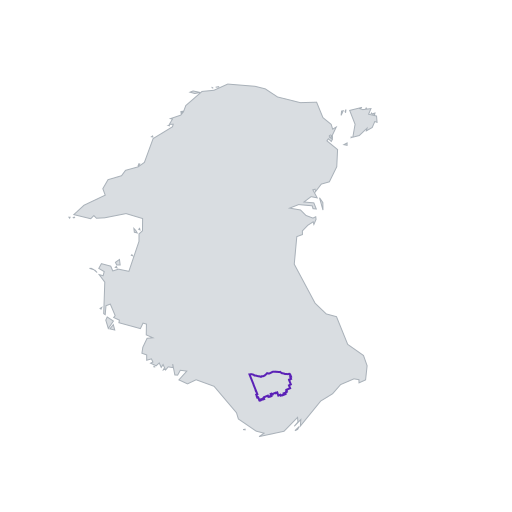 Meekatharra, Western Australia, Australia shown in context, rotated 248°
{"feature_id": "25037944B5193502600366", "entity_name": "Meekatharra", "entity_type": "district", "adm_level": 2, "iso_a3": "AUS", "parent_name": "Australia", "parent_adm1": "Western Australia", "projection": "albers", "projection_center": [119.195, -25.303], "detail": "fine", "context": "in_parent", "style": "outline", "palette": "violet", "viewbox_px": 512, "rotation_deg": 248, "n_neighbors": 0, "source": "geoboundaries", "source_scale": "gbopen_adm2", "svg_char_len": 8270}
<svg xmlns="http://www.w3.org/2000/svg" viewBox="0 0 512 512"><g transform="rotate(248 256 256)"><path d="M367.5,115.5L368.9,139.0L375.8,139.2L382.2,147.4L380.8,161.4L384.3,167.1L382.8,180.2L384.6,187.6L403.4,204.6L407.1,227.0L409.2,228.6L410.5,225.0L414.2,229.8L415.4,228.2L414.8,239.0L416.8,242.7L421.8,247.3L428.8,267.6L425.4,279.1L426.0,294.2L413.7,318.7L407.5,327.2L395.4,335.5L381.6,354.5L375.9,369.8L359.2,369.9L349.9,375.0L344.9,374.6L345.5,378.7L338.9,371.5L340.3,370.4L340.0,369.0L338.6,368.6L335.6,370.6L334.0,368.7L337.6,367.0L336.2,364.9L324.1,371.5L308.5,364.3L297.3,351.8L298.2,343.5L293.3,335.1L295.8,335.8L296.1,333.5L287.0,334.5L290.4,329.3L288.1,320.7L283.6,329.5L277.0,329.5L278.5,326.6L281.5,326.9L287.7,314.8L287.8,305.1L282.0,314.5L274.9,317.5L269.8,323.0L270.0,326.1L267.5,325.4L263.6,321.5L266.3,321.8L265.1,315.6L261.9,308.4L258.5,307.1L258.7,301.1L234.1,288.4L190.1,293.1L176.0,299.4L169.6,307.9L139.7,307.9L123.5,318.4L112.6,317.9L100.1,311.2L99.8,304.0L102.8,305.1L105.4,300.8L105.1,286.3L99.6,275.4L97.3,261.7L81.7,233.4L87.6,236.3L83.8,227.7L86.4,232.7L90.8,234.1L83.0,216.3L87.4,191.2L88.7,197.1L93.6,190.5L111.5,178.6L117.9,179.2L150.9,168.3L163.7,154.1L163.1,144.6L170.0,138.1L175.2,148.7L178.4,143.0L174.9,138.7L176.1,136.2L187.0,138.3L183.6,137.2L186.1,133.1L184.2,129.4L190.2,129.2L188.2,126.4L193.1,126.2L191.6,122.3L196.1,118.1L196.3,120.7L199.8,120.5L200.3,115.6L205.2,117.6L208.6,113.8L213.8,116.9L220.5,124.2L218.8,129.7L224.0,124.7L233.9,128.9L236.1,126.1L232.0,121.6L245.5,103.9L247.7,105.3L252.3,101.0L253.5,103.1L266.0,102.9L266.1,98.3L258.1,94.2L259.6,93.2L288.4,106.0L297.5,103.6L295.0,106.9L298.4,109.4L303.4,105.6L306.8,109.8L301.0,117.5L295.8,117.6L295.3,123.6L289.4,132.4L313.4,153.0L320.3,155.8L321.9,160.2L333.2,164.9L344.0,151.4L348.1,130.0L350.8,122.2L354.2,120.8L352.5,116.7L362.6,102.6L367.5,115.5ZM329.9,390.3L341.0,397.2L355.9,397.4L354.1,409.9L353.7,407.5L351.7,409.8L349.6,417.8L345.3,413.5L340.6,420.2L334.6,418.3L336.2,416.5L331.6,411.9L330.7,405.2L332.9,406.8L329.0,396.9L329.9,390.3ZM244.1,91.9L252.8,92.7L255.2,95.2L249.1,99.4L244.1,91.9ZM273.5,335.3L286.2,336.7L280.5,338.0L273.5,335.3ZM302.8,123.3L303.9,128.1L298.6,126.7L299.9,123.5L302.8,123.3ZM428.6,265.4L429.6,260.1L432.6,256.2L432.6,259.5L428.6,265.4ZM354.5,387.6L358.3,389.6L358.0,391.3L354.5,387.6ZM243.2,93.2L245.8,98.0L240.3,97.3L243.2,93.2ZM326.7,382.8L324.5,381.9L326.3,379.2L326.7,382.8ZM327.3,153.1L324.6,154.1L321.9,154.5L323.6,152.1L327.3,153.1ZM81.7,232.2L79.6,229.6L79.4,227.2L79.7,227.1L81.7,232.2ZM356.8,392.8L358.1,394.3L355.3,392.7L356.8,392.8ZM416.3,240.0L418.1,240.5L417.5,242.8L416.3,240.0ZM383.5,180.2L385.4,182.0L384.8,182.7L383.5,180.2ZM344.2,417.8L344.0,419.9L342.6,418.9L344.2,417.8ZM427.6,281.8L427.0,284.8L426.8,284.7L427.6,281.8ZM266.1,93.7L264.8,92.4L265.8,91.8L266.1,93.7ZM306.3,98.6L303.9,100.7L306.9,97.0L306.3,98.6ZM428.7,278.4L427.6,279.2L428.5,278.3L428.7,278.4ZM303.7,141.4L302.5,141.7L303.3,140.7L303.7,141.4ZM298.6,122.6L297.1,122.7L298.2,121.3L298.6,122.6ZM99.9,179.0L99.5,181.0L98.9,180.8L99.9,179.0ZM360.2,101.1L359.9,102.7L359.5,101.4L360.2,101.1ZM338.5,369.4L338.6,370.4L338.3,370.0L338.5,369.4ZM303.2,101.3L300.2,102.5L303.4,100.9L303.2,101.3ZM191.9,120.0L190.8,121.0L191.5,119.8L191.9,120.0ZM345.4,416.6L344.5,416.8L345.1,416.2L345.4,416.6ZM325.2,158.4L323.7,158.2L324.7,157.3L325.2,158.4ZM185.9,128.2L185.1,128.8L185.1,127.3L185.9,128.2ZM352.0,413.6L350.8,413.9L351.4,412.9L352.0,413.6ZM362.0,97.1L361.6,98.1L360.9,97.4L362.0,97.1ZM337.7,370.6L338.5,371.7L336.8,371.1L337.7,370.6ZM406.0,205.1L405.0,204.9L405.7,203.8L406.0,205.1ZM409.7,224.6L409.2,224.5L409.8,223.7L409.7,224.6ZM330.7,388.8L330.2,389.5L330.1,388.5L330.7,388.8Z" fill="#d9dde1" stroke="#a8b0b8" stroke-width="1"/><path d="M120.3,209.0L120.3,210.0L120.7,210.0L121.1,210.0L121.8,210.0L121.9,210.8L122.1,210.8L122.1,211.0L122.1,211.3L122.1,211.7L122.1,214.0L122.1,214.7L120.7,214.7L120.7,216.1L120.8,216.1L120.8,216.3L120.3,216.3L120.3,217.2L120.3,217.8L121.9,217.8L122.6,217.9L122.6,218.7L121.3,218.7L121.3,219.4L121.9,219.4L121.9,222.9L121.4,222.9L121.4,223.5L121.5,223.5L121.6,224.6L120.9,224.6L120.9,224.4L120.7,224.4L120.3,224.4L120.0,224.4L119.8,224.4L119.5,224.4L119.4,224.4L119.2,224.4L118.6,224.4L118.4,224.4L118.2,224.4L118.3,225.5L118.3,225.8L118.3,226.0L118.3,226.5L118.1,226.5L117.9,226.5L117.6,226.5L117.6,226.8L117.4,226.8L117.2,226.8L117.2,227.1L117.2,227.7L117.2,227.8L117.2,228.0L117.2,228.6L116.9,228.6L116.9,230.1L117.0,230.1L118.3,230.1L118.3,230.8L117.5,230.8L116.9,230.8L116.9,231.6L117.2,231.6L117.5,231.6L117.9,231.5L118.1,231.5L118.2,233.2L118.8,233.2L119.3,233.2L119.3,233.6L119.3,234.1L119.9,234.1L120.6,234.1L120.6,235.8L120.6,236.7L120.6,237.3L120.6,237.9L120.6,238.1L121.2,238.1L121.8,238.1L122.3,238.1L123.0,238.1L123.7,238.1L123.7,238.3L123.7,238.5L123.8,238.7L123.8,238.8L123.9,240.2L124.1,240.2L124.9,240.2L125.2,240.2L125.3,240.2L125.8,240.2L126.0,240.2L126.8,240.2L128.3,240.2L128.3,240.4L129.0,240.4L129.0,241.1L129.0,241.6L128.9,241.6L128.9,242.5L129.4,242.5L130.1,242.5L130.5,242.5L130.9,242.4L130.9,243.3L131.1,243.3L131.3,243.3L131.5,243.3L131.9,243.3L132.0,243.3L132.7,243.3L132.8,243.3L132.8,243.1L133.4,243.1L133.4,242.9L134.2,242.9L134.4,242.5L134.3,242.2L134.4,241.9L134.4,241.6L134.5,241.3L134.7,240.8L134.8,240.6L135.0,240.4L135.2,240.1L135.3,239.8L135.4,239.6L135.5,239.3L135.5,239.1L135.6,238.9L135.8,238.6L136.0,238.4L136.1,238.2L136.4,238.1L136.5,238.0L136.7,237.7L136.8,237.5L136.9,237.4L137.0,237.1L137.1,236.9L137.4,236.6L137.6,236.4L137.7,236.1L137.8,236.1L138.0,235.9L138.2,235.7L138.5,235.5L138.7,235.4L138.9,235.3L139.0,235.2L139.3,235.0L139.4,234.9L139.5,234.9L139.6,234.2L139.8,233.9L140.0,233.5L140.1,233.3L140.2,233.0L140.3,232.9L140.4,232.7L140.5,232.5L140.6,232.4L140.8,232.0L140.8,231.9L141.0,231.5L141.0,231.3L141.1,231.1L141.3,231.0L141.4,230.8L141.6,230.3L141.7,230.0L141.8,229.7L142.0,229.3L142.1,229.1L142.2,228.7L142.3,228.4L142.4,228.1L142.4,227.8L142.3,227.2L142.3,226.9L142.2,226.8L142.2,226.5L142.2,226.4L142.2,226.2L142.2,225.9L142.1,225.0L142.1,224.2L142.2,223.9L142.3,223.8L142.3,223.7L142.4,223.4L142.5,223.2L142.8,222.9L142.9,222.7L143.0,222.7L143.2,222.4L143.1,222.2L142.9,221.9L142.8,221.6L142.6,221.1L142.5,220.9L142.4,220.7L142.3,220.2L142.2,219.9L142.1,219.7L142.0,219.3L141.9,219.2L141.9,218.4L141.9,218.2L141.8,217.9L141.9,217.5L142.0,217.2L142.1,216.9L142.2,216.4L142.3,216.3L142.2,216.1L142.1,215.9L142.1,215.6L142.3,215.6L142.4,215.4L142.5,215.1L142.6,214.7L142.8,214.4L143.0,214.3L143.1,214.2L143.3,213.8L143.4,213.4L143.5,213.3L143.6,213.2L143.8,212.9L144.0,212.6L144.1,212.4L144.3,212.1L144.5,211.9L144.7,211.7L144.9,211.5L145.1,211.2L145.2,210.9L145.4,210.6L145.5,210.3L145.6,210.1L145.7,209.9L145.9,209.7L146.0,209.6L146.3,209.6L146.5,209.5L146.6,209.4L146.9,209.2L147.0,209.1L147.1,208.9L147.3,208.6L147.5,208.4L147.7,208.1L148.0,207.6L148.3,207.2L148.4,206.6L148.5,206.2L148.5,205.9L148.6,205.6L148.3,205.6L148.0,205.6L147.8,205.6L147.6,205.6L147.3,205.6L147.0,205.6L146.9,205.6L146.7,205.6L146.4,205.6L146.1,205.6L145.8,205.6L145.7,205.6L145.4,205.6L145.2,205.6L144.8,205.6L144.6,205.6L144.2,205.6L143.9,205.6L143.7,205.6L143.4,205.6L143.2,205.6L142.8,205.6L142.6,205.6L142.3,205.6L142.1,205.6L141.9,205.6L141.7,205.6L141.4,205.6L141.1,205.6L140.9,205.6L140.6,205.6L140.4,205.6L140.0,205.6L139.8,205.6L139.5,205.6L139.2,205.6L138.9,205.6L138.6,205.6L138.3,205.6L137.9,205.6L137.5,205.5L137.3,205.5L137.1,205.5L136.9,205.5L136.7,205.5L136.4,205.5L136.2,205.5L135.9,205.5L135.7,205.5L135.2,205.5L134.8,205.5L134.6,205.5L134.4,205.5L134.1,205.5L133.7,205.5L133.3,205.5L132.9,205.5L132.6,205.5L132.2,205.5L131.9,205.5L131.7,205.5L131.5,205.3L131.2,205.3L130.9,205.3L130.9,205.5L130.7,205.5L130.3,205.5L130.1,205.5L129.8,205.5L129.6,205.5L129.4,205.5L129.2,205.5L128.8,205.5L128.5,205.5L128.3,205.5L128.1,205.5L127.9,205.5L127.6,205.5L127.4,205.5L127.4,204.3L126.7,204.3L125.7,204.3L125.1,204.3L125.1,204.1L124.8,204.1L124.3,204.1L124.3,204.9L123.5,204.9L123.5,205.1L123.3,205.1L122.2,205.1L121.5,205.0L121.1,205.0L121.1,205.6L120.4,205.6L120.4,206.0L120.6,206.0L120.6,206.5L121.3,206.5L121.3,207.3L121.1,207.8L121.1,208.2L121.1,208.3L121.1,208.5L120.8,208.5L120.4,208.5L120.3,209.0Z" fill="none" stroke="#5b21b6" stroke-width="2"/></g></svg>